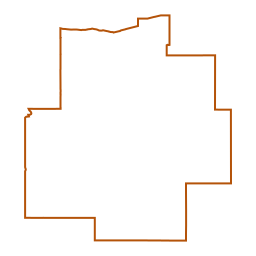 outline of Karoonda East Murray, South Australia, Australia
{"feature_id": "25037944B45596854652330", "entity_name": "Karoonda East Murray", "entity_type": "district", "adm_level": 2, "iso_a3": "AUS", "parent_name": "Australia", "parent_adm1": "South Australia", "projection": "mercator", "projection_center": [139.832, -34.928], "detail": "fine", "context": "isolated", "style": "outline", "palette": "amber", "viewbox_px": 256, "rotation_deg": 0, "n_neighbors": 0, "source": "geoboundaries", "source_scale": "gbopen_adm2", "svg_char_len": 3782}
<svg xmlns="http://www.w3.org/2000/svg" viewBox="0 0 256 256"><path d="M25.1,117.7L25.1,166.9L25.2,167.7L25.3,167.9L25.4,168.3L25.5,168.5L25.6,168.8L25.7,169.1L25.7,169.4L25.7,169.9L25.1,171.2L25.1,178.2L25.1,193.4L25.1,206.8L25.1,217.8L41.7,217.9L41.8,217.9L42.8,217.9L43.1,217.8L43.5,217.8L43.8,217.9L50.5,217.9L64.6,217.9L75.2,217.9L75.4,217.9L94.8,217.9L94.8,240.4L100.3,240.4L116.7,240.4L126.5,240.4L140.5,240.4L161.0,240.5L173.5,240.6L186.0,240.6L186.0,233.5L186.1,225.9L186.1,224.4L186.1,224.0L186.1,223.9L186.1,223.7L186.1,218.0L186.1,212.0L186.1,211.8L186.1,211.7L186.1,211.1L186.1,210.9L186.1,210.7L186.1,210.3L186.1,209.8L186.1,209.7L186.0,191.6L186.0,191.4L186.0,191.0L186.0,190.8L186.0,190.6L186.0,190.4L186.0,190.2L186.0,189.9L186.0,189.6L186.0,189.3L186.0,189.2L186.0,183.4L207.7,183.4L217.0,183.4L231.0,183.4L230.9,109.7L222.7,109.7L222.1,109.7L215.5,109.6L215.0,109.6L215.1,55.3L196.9,55.4L178.5,55.4L166.7,55.4L166.7,45.2L167.5,44.8L168.5,45.0L169.0,45.0L169.5,44.9L169.5,37.3L169.5,15.4L160.8,15.4L154.5,16.9L154.2,16.9L147.5,18.6L138.0,18.6L138.0,26.0L125.8,29.1L125.7,29.2L125.4,29.3L122.6,30.0L121.7,30.2L121.4,30.3L120.8,30.5L120.7,30.5L120.4,30.7L120.1,31.0L119.8,31.1L119.5,31.1L118.7,31.3L114.0,32.4L113.8,32.4L113.6,32.4L113.5,32.5L113.4,32.5L113.3,32.4L113.2,32.2L112.9,32.1L112.7,32.1L110.3,32.0L109.7,31.7L109.2,31.7L108.1,31.3L107.5,31.2L106.9,31.1L104.1,30.5L103.6,30.3L102.6,30.3L102.0,30.6L101.3,30.6L101.0,30.6L99.9,30.6L98.6,30.3L97.7,29.8L96.0,29.3L94.4,29.1L92.1,28.6L90.9,29.0L89.8,29.1L88.0,29.3L87.8,29.3L87.7,29.4L87.3,29.5L87.2,29.5L86.8,29.6L86.5,29.6L86.2,29.7L85.8,29.8L85.5,29.9L85.3,29.9L82.1,29.9L81.3,30.1L77.3,29.6L75.8,29.5L70.9,29.6L66.7,29.2L65.3,29.0L62.7,28.9L61.0,28.4L60.7,28.4L60.4,28.3L60.4,38.0L60.6,38.0L60.5,38.4L60.5,38.7L60.5,38.9L60.5,39.4L60.5,39.5L60.5,39.9L60.5,40.3L60.5,40.6L60.5,40.8L60.5,41.3L60.5,41.5L60.5,41.8L60.5,42.0L60.5,42.3L60.5,42.5L60.5,42.9L60.5,43.6L60.5,43.9L60.5,44.4L60.5,44.8L60.5,45.0L60.5,45.3L60.5,45.8L60.5,46.0L60.5,46.3L60.5,46.6L60.5,47.0L60.5,47.5L60.5,48.3L60.5,48.5L60.5,48.8L60.5,49.0L60.5,49.3L60.5,49.6L60.5,49.8L60.5,50.0L60.5,50.4L60.5,50.7L60.5,51.0L60.5,51.5L60.5,51.8L60.5,52.3L60.5,52.5L60.5,52.8L60.5,53.1L60.5,53.4L60.6,53.8L60.6,54.2L60.5,54.3L60.6,54.6L60.5,54.8L60.5,55.0L60.5,55.3L60.5,56.2L60.5,56.4L60.5,56.7L60.5,57.0L60.5,57.3L60.5,57.5L60.5,57.9L60.5,58.3L60.5,58.5L60.5,58.9L60.5,59.2L60.5,59.5L60.5,60.2L60.5,60.5L60.5,60.9L60.5,61.3L60.5,61.8L60.5,62.2L60.5,62.7L60.5,62.9L60.5,63.1L60.5,63.3L60.5,63.8L60.5,64.1L60.5,64.3L60.5,64.7L60.5,64.9L60.5,65.0L60.5,65.5L60.5,65.8L60.5,66.4L60.5,66.8L60.5,67.3L60.5,67.5L60.5,67.9L60.5,68.2L60.5,68.6L60.5,68.8L60.5,69.0L60.5,69.3L60.4,69.5L60.5,84.7L60.5,88.9L60.5,89.0L60.5,89.3L60.6,89.7L60.6,90.1L60.6,90.3L60.6,90.5L60.6,90.8L60.6,91.0L60.6,91.3L60.6,91.5L60.6,92.0L60.5,92.3L60.5,92.5L60.5,92.8L60.5,93.0L60.5,93.3L60.5,93.6L60.6,93.8L60.6,94.0L60.5,94.3L60.6,94.5L60.5,97.1L60.5,97.4L60.5,97.5L60.5,97.8L60.5,98.0L60.5,98.3L60.5,98.5L60.5,98.8L60.5,99.0L60.5,99.3L60.5,99.6L60.5,99.9L60.5,100.0L60.5,100.4L60.5,100.6L60.5,100.8L60.5,101.0L60.5,101.3L60.5,101.5L60.5,101.8L60.5,102.1L60.5,102.3L60.5,102.6L60.5,102.8L60.5,103.0L60.5,103.3L60.5,103.7L60.5,104.1L60.5,104.3L60.5,104.5L60.5,105.0L60.5,105.3L60.5,105.5L60.5,105.8L60.5,106.1L60.5,106.3L60.5,106.5L60.5,106.8L60.5,107.2L60.5,107.3L60.6,107.5L60.6,107.8L60.6,108.1L60.6,108.3L60.6,108.7L60.6,108.8L46.5,108.9L34.6,108.9L31.7,108.8L28.6,108.8L28.8,109.2L29.1,110.0L29.6,110.6L30.7,111.7L31.1,112.4L31.3,113.2L31.3,113.7L31.1,114.1L30.6,114.4L30.2,114.6L29.6,114.8L29.1,114.8L28.4,114.8L28.5,115.0L28.9,116.4L28.7,116.4L27.9,116.7L27.6,116.6L27.6,116.4L26.9,116.6L26.5,116.7L26.1,116.8L25.1,117.7Z" fill="none" stroke="#b45309" stroke-width="2"/></svg>